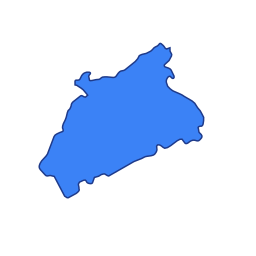 the County of Bjelovarsko-bilogorska, rotated 119°
{"feature_id": "HRV-1607", "entity_name": "Bjelovarsko-bilogorska", "entity_type": "County", "adm_level": 1, "iso_a3": "HRV", "parent_name": "Croatia", "parent_adm1": "", "projection": "robinson", "projection_center": [16.948, 45.775], "detail": "fine", "context": "isolated", "style": "filled", "palette": "blue", "viewbox_px": 256, "rotation_deg": 119, "n_neighbors": 0, "source": "natural_earth", "source_scale": "10m", "svg_char_len": 2825}
<svg xmlns="http://www.w3.org/2000/svg" viewBox="0 0 256 256"><g transform="rotate(119 128 128)"><path d="M100.8,58.9L102.0,59.1L103.3,59.4L104.6,59.9L105.2,60.4L105.7,61.2L106.1,62.7L106.3,63.6L106.6,64.2L107.1,65.2L108.0,66.1L109.1,67.0L112.2,68.4L113.1,69.1L113.6,69.9L113.6,70.9L111.6,75.3L112.7,77.1L115.3,78.8L122.7,82.1L126.0,84.0L127.9,86.1L127.9,88.0L127.5,90.2L127.5,92.0L128.2,93.7L129.0,94.1L130.1,94.1L133.1,92.1L134.3,91.8L135.7,91.7L138.1,92.0L139.5,92.8L141.0,94.3L143.5,97.6L144.5,98.8L145.5,99.6L148.1,101.3L154.4,106.5L179.3,121.6L179.6,122.8L179.6,123.7L179.5,125.5L179.5,126.2L180.3,127.4L181.7,128.8L184.4,130.3L186.2,132.1L187.1,133.0L187.4,133.4L187.7,133.4L193.1,132.5L193.9,132.7L194.7,133.5L195.4,135.2L195.6,136.5L195.5,137.5L194.5,139.2L194.3,140.0L194.7,140.8L195.5,141.7L198.9,144.2L201.1,144.2L202.0,143.6L203.6,142.2L204.5,141.7L205.7,140.7L206.4,140.5L207.5,140.6L209.1,141.1L210.5,141.7L217.9,146.4L218.5,147.4L218.3,150.4L206.1,169.0L207.2,173.0L208.8,175.0L209.2,175.7L209.4,176.7L209.1,178.0L206.9,184.5L206.1,185.9L205.1,186.8L203.6,187.4L201.6,187.7L198.7,187.6L192.5,186.1L189.9,185.8L171.4,188.5L169.5,188.3L167.6,187.3L165.1,185.5L163.5,184.1L162.6,183.4L161.7,183.4L160.5,184.3L159.7,185.3L158.0,186.1L155.6,186.6L151.4,186.8L148.7,187.2L143.9,188.5L141.8,188.8L139.5,188.1L137.0,188.3L135.7,188.6L134.7,189.0L133.6,189.1L131.9,188.8L123.3,185.2L122.6,184.8L122.1,184.1L122.0,182.9L122.1,181.9L121.8,180.8L121.5,180.1L118.8,179.2L116.3,185.7L115.8,189.1L115.8,189.8L115.7,190.3L115.7,191.3L115.5,193.4L116.0,195.2L113.0,196.9L112.0,197.1L111.4,196.7L110.5,195.1L109.8,194.2L108.5,193.7L104.8,193.9L103.3,193.7L101.9,193.3L100.4,192.3L99.1,191.0L98.0,188.9L97.9,188.0L98.2,187.5L98.7,187.3L99.2,187.3L99.8,187.4L100.4,187.6L101.0,187.6L101.8,187.5L105.0,184.7L104.8,183.8L103.9,182.5L101.2,179.4L99.5,176.9L99.0,176.5L98.4,176.2L96.8,175.6L95.7,174.8L94.3,172.7L93.5,171.2L90.9,165.3L90.1,164.3L89.0,163.6L84.7,163.1L82.9,162.6L81.7,161.9L79.7,159.6L78.7,158.9L66.4,153.9L62.7,153.1L59.3,153.2L58.3,152.6L56.7,151.3L53.9,148.2L49.8,145.4L47.5,144.6L45.5,144.2L43.9,143.4L41.9,142.0L40.3,141.5L39.0,141.3L38.4,140.9L38.2,139.9L38.8,137.1L39.5,135.4L40.2,134.1L40.2,132.6L37.5,130.2L40.4,128.5L42.4,125.5L43.9,124.9L49.1,124.8L55.0,126.8L56.1,126.4L56.6,125.3L56.0,121.9L55.9,120.0L56.4,118.4L60.3,112.9L61.5,112.2L62.5,112.3L63.0,113.1L63.0,114.2L62.6,115.3L62.4,116.4L63.1,117.2L64.4,117.8L66.8,117.8L68.4,117.3L69.7,116.4L72.3,113.5L73.3,110.2L73.7,107.4L73.7,106.0L73.0,98.9L72.9,96.7L73.1,94.3L73.3,85.0L74.0,81.6L76.5,77.0L78.0,73.1L80.1,69.8L82.0,67.0L85.0,65.4L88.3,64.2L89.8,64.1L90.8,64.7L91.5,65.9L92.8,66.9L93.6,66.9L94.2,66.4L94.7,65.9L96.4,64.6L97.2,63.9L97.5,63.3L98.2,60.9L98.9,59.7L99.8,59.1L100.8,58.9Z" fill="#3b82f6" stroke="#1e3a8a" stroke-width="1.5"/></g></svg>